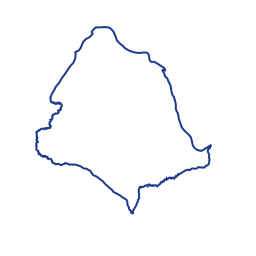 outline of Thala Barivat, Stœng Trêng, Cambodia, rotated 305°
{"feature_id": "14789045B9277653142269", "entity_name": "Thala Barivat", "entity_type": "district", "adm_level": 2, "iso_a3": "KHM", "parent_name": "Cambodia", "parent_adm1": "Stœng Trêng", "projection": "albers", "projection_center": [105.709, 13.631], "detail": "fine", "context": "isolated", "style": "outline", "palette": "blue", "viewbox_px": 256, "rotation_deg": 305, "n_neighbors": 0, "source": "geoboundaries", "source_scale": "gbopen_adm2", "svg_char_len": 5642}
<svg xmlns="http://www.w3.org/2000/svg" viewBox="0 0 256 256"><g transform="rotate(305 128 128)"><path d="M61.2,181.0L62.2,179.8L62.9,179.6L69.5,179.1L71.9,178.3L72.9,178.3L74.0,178.0L74.5,177.6L75.0,177.6L75.2,177.4L75.6,177.5L76.0,177.3L77.4,177.2L77.8,176.7L77.9,176.4L79.9,175.3L81.6,173.6L82.0,173.4L82.5,173.0L82.9,173.0L83.7,172.2L84.7,171.7L85.7,172.0L86.2,171.8L86.2,172.1L86.9,172.1L87.1,172.3L87.1,172.7L87.7,173.0L87.6,173.5L88.3,173.9L89.1,174.6L89.5,174.8L90.2,174.8L90.3,175.2L91.0,175.7L91.8,176.0L92.1,176.6L92.4,176.7L92.4,176.9L91.9,176.9L91.8,177.2L92.0,177.1L92.9,177.6L93.6,177.6L93.3,178.1L93.4,178.6L94.1,178.9L94.2,179.1L94.2,179.4L93.8,179.7L93.8,180.0L94.6,180.8L94.7,181.2L95.4,181.3L95.2,181.8L95.3,182.1L97.0,183.4L97.1,183.9L97.0,184.5L97.3,185.0L97.1,185.4L98.1,185.7L99.2,185.8L100.6,186.4L101.5,186.4L101.9,186.3L101.9,186.1L102.5,186.0L102.7,186.3L102.5,186.5L102.6,186.8L103.3,187.2L104.2,187.2L104.7,187.7L105.1,187.2L105.3,187.3L105.7,187.8L106.0,187.9L107.1,187.7L107.6,188.1L107.7,188.5L107.6,188.8L107.9,188.9L108.3,189.1L108.8,188.8L108.5,189.7L108.7,189.8L109.8,189.8L110.8,190.2L111.4,190.8L111.6,191.6L111.2,192.0L111.7,192.7L112.1,192.5L112.6,192.6L112.9,192.9L113.1,193.3L113.1,194.6L113.6,194.3L114.2,194.5L114.5,195.1L115.1,195.4L115.8,194.8L116.4,194.8L116.5,195.1L117.1,195.5L117.2,195.9L118.2,196.1L118.9,195.5L119.2,195.5L119.8,196.7L120.5,197.1L123.1,198.0L124.7,198.8L126.5,199.4L127.2,200.4L128.1,201.1L128.3,201.1L128.6,201.7L128.8,202.6L129.1,202.9L131.3,203.5L131.9,204.0L132.8,205.8L133.9,207.3L134.8,207.7L135.6,207.8L136.5,208.2L136.7,209.0L137.1,209.8L137.9,210.7L138.6,212.3L139.7,213.3L141.8,213.5L142.8,214.5L143.6,214.7L145.4,214.6L149.2,212.7L150.0,211.6L150.8,210.7L152.5,210.0L154.5,206.8L155.1,206.6L155.8,206.1L156.7,205.8L157.6,205.9L157.4,206.2L158.6,206.5L159.1,206.3L160.2,206.2L161.1,206.0L161.2,205.6L158.1,204.3L156.1,203.3L153.4,202.3L151.9,201.6L151.1,200.7L150.6,199.9L149.8,197.4L149.6,195.8L149.9,193.5L150.4,192.2L151.2,190.8L152.2,189.6L154.5,187.2L156.4,184.8L157.1,183.0L158.5,174.4L159.5,171.5L164.7,164.3L166.3,162.9L168.1,160.8L168.7,160.4L169.9,157.9L170.9,156.4L171.7,155.7L173.9,154.3L175.3,153.1L178.4,149.6L180.0,147.4L180.1,146.5L180.8,145.2L181.7,143.9L186.6,139.0L187.5,137.9L190.2,133.0L190.7,132.5L191.3,131.0L191.5,128.9L193.8,125.7L194.5,124.3L194.7,123.2L195.1,123.1L195.7,123.4L196.0,123.7L196.3,125.3L196.7,125.3L197.1,124.8L197.9,123.2L197.9,121.8L197.7,119.4L197.7,117.4L197.4,112.7L197.1,111.3L195.6,109.3L195.6,107.8L196.4,106.3L199.2,103.7L200.1,102.4L200.5,101.6L200.5,100.3L200.3,99.7L198.7,97.3L196.4,94.9L194.8,92.3L194.0,90.8L192.5,86.5L192.0,83.9L191.8,82.1L191.7,79.3L192.3,76.6L192.6,72.1L193.3,68.8L196.1,64.9L198.1,61.8L198.8,60.0L199.2,58.2L199.5,55.9L199.2,54.4L198.0,52.1L196.7,50.2L194.3,47.3L192.2,44.1L191.9,44.3L191.3,43.9L190.0,43.4L189.4,43.4L186.5,43.0L185.9,43.3L185.3,43.8L185.1,44.1L184.9,45.0L183.8,45.0L180.3,44.4L178.1,43.2L176.4,42.4L172.9,42.0L166.1,43.3L163.9,43.3L163.1,43.1L159.9,41.3L158.5,42.7L155.6,44.4L153.9,45.1L151.7,45.6L149.6,45.8L146.5,45.3L140.9,45.2L136.9,45.4L131.1,45.2L125.0,45.7L121.0,45.2L118.2,45.5L117.9,45.7L112.0,46.1L109.4,46.9L108.3,47.0L107.9,47.4L107.4,48.2L106.8,48.4L106.4,48.8L105.6,49.1L105.5,49.4L105.3,50.9L105.8,51.6L105.5,52.1L105.8,52.3L106.3,52.3L106.5,52.5L106.5,53.3L106.1,53.7L106.1,54.8L106.5,55.0L106.9,54.8L107.2,55.0L106.9,55.7L107.0,55.9L107.9,56.5L108.7,56.1L109.2,56.8L109.3,57.2L109.0,57.9L109.4,58.2L108.8,58.6L109.2,59.2L109.1,59.9L108.6,60.9L107.9,61.1L107.3,61.1L106.3,61.5L105.5,61.4L105.2,61.5L104.7,62.3L104.4,62.5L104.1,62.4L103.6,61.7L102.5,60.9L102.3,61.6L101.7,61.3L101.0,61.6L100.7,62.3L99.6,62.1L98.4,60.8L98.2,60.1L97.4,59.7L96.7,59.6L95.8,58.8L95.6,58.8L94.9,59.5L94.3,59.6L93.8,59.3L93.6,59.4L93.4,59.9L93.1,60.2L91.9,60.7L91.4,60.7L90.5,59.9L90.4,60.5L90.0,60.8L89.0,60.5L88.7,60.5L88.1,60.8L87.4,60.6L87.1,60.8L86.5,61.6L86.2,61.6L85.7,61.7L85.5,62.5L85.2,62.8L85.4,63.6L84.8,64.0L83.0,64.0L82.8,63.7L82.7,62.8L82.0,62.5L81.7,61.9L81.3,62.1L80.8,61.9L81.1,61.6L80.8,61.0L80.6,61.2L80.3,60.8L80.4,60.4L80.0,60.1L79.8,60.0L79.2,60.2L78.9,60.0L78.6,59.3L78.7,58.9L78.4,58.3L77.7,57.5L76.7,57.1L76.1,57.1L75.3,56.3L74.8,56.5L74.3,56.5L73.6,55.8L72.4,55.2L72.2,55.2L71.9,55.8L71.4,55.9L70.9,56.6L70.1,57.2L69.8,57.3L69.5,57.6L69.1,57.8L68.9,58.2L68.6,58.1L68.2,58.6L68.3,59.0L68.1,59.3L67.6,59.5L67.2,59.5L66.5,59.8L66.2,59.6L66.0,59.9L65.8,60.0L65.8,60.6L65.3,60.7L64.9,62.0L64.5,61.6L64.2,61.8L63.5,61.5L63.4,61.6L63.1,61.6L62.9,62.0L62.3,62.1L61.4,63.0L61.1,62.8L60.8,62.9L59.8,64.2L59.3,64.4L58.9,64.5L57.9,65.1L57.5,66.6L57.6,67.0L57.3,67.4L57.6,67.7L56.9,68.3L56.8,68.7L56.6,68.8L56.6,69.0L56.3,69.4L56.0,69.4L55.8,69.6L56.3,69.8L56.0,70.5L56.2,70.8L56.0,71.2L55.7,71.2L55.6,71.4L55.8,72.0L55.5,72.6L55.9,73.0L55.9,74.3L56.2,74.2L56.3,74.4L55.9,74.9L56.8,75.1L57.3,75.8L57.0,76.4L57.6,76.5L57.4,77.1L57.7,77.9L58.1,78.4L57.9,78.5L58.0,78.7L57.0,79.4L56.8,80.4L57.4,80.8L58.1,81.8L58.0,82.6L58.3,83.1L57.8,83.7L57.6,84.6L57.3,84.6L56.9,85.0L56.9,85.4L56.3,86.0L56.3,86.8L56.8,87.5L56.9,89.9L57.6,90.3L57.8,90.7L58.8,91.4L58.8,92.5L59.4,94.7L61.4,95.7L62.0,96.4L62.9,96.5L63.6,97.3L64.4,100.8L67.9,106.0L69.5,111.3L69.4,114.4L70.2,116.4L70.9,117.3L70.9,119.6L71.3,121.8L71.1,122.4L70.2,123.6L70.2,125.0L69.5,126.1L69.5,127.2L70.1,129.3L70.2,130.5L69.9,138.0L69.0,141.9L68.3,147.6L68.3,149.6L67.3,152.8L68.1,158.9L68.2,160.4L68.1,164.2L68.0,164.4L68.3,166.1L68.3,167.9L67.7,169.1L67.3,169.6L64.9,171.5L63.6,174.0L61.9,176.0L61.8,177.6L61.3,178.5L60.4,179.3L60.5,180.4L61.2,181.0Z" fill="none" stroke="#1e3a8a" stroke-width="2"/></g></svg>